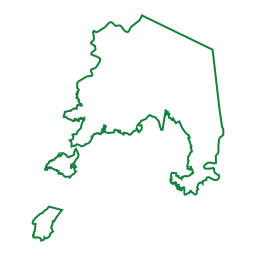 outline of Tamalín, Veracruz, Mexico
{"feature_id": "50627088B78854811449565", "entity_name": "Tamalín", "entity_type": "district", "adm_level": 2, "iso_a3": "MEX", "parent_name": "Mexico", "parent_adm1": "Veracruz", "projection": "natural_earth1", "projection_center": [-97.693, 21.474], "detail": "fine", "context": "isolated", "style": "outline", "palette": "green", "viewbox_px": 256, "rotation_deg": 0, "n_neighbors": 0, "source": "geoboundaries", "source_scale": "gbopen_adm2", "svg_char_len": 5794}
<svg xmlns="http://www.w3.org/2000/svg" viewBox="0 0 256 256"><path d="M194.4,194.2L195.6,194.5L196.7,193.7L196.7,190.7L198.2,189.2L197.0,187.4L198.6,183.7L199.7,182.7L201.2,182.4L202.7,183.7L202.6,182.3L203.1,180.9L206.3,180.0L206.4,178.2L206.9,177.5L208.9,177.2L213.1,179.5L215.4,180.1L217.0,179.8L218.4,178.8L219.3,176.6L218.9,175.2L216.8,174.3L214.6,172.4L214.1,171.0L214.0,168.5L213.5,168.0L209.3,168.7L205.7,168.7L204.6,168.2L204.1,167.3L204.1,166.2L205.1,164.6L207.9,162.8L209.6,162.6L214.5,163.4L216.0,162.9L215.8,156.1L216.3,155.1L217.9,153.4L218.4,152.3L218.4,145.2L219.2,139.2L220.0,137.4L222.6,135.6L223.3,134.5L223.4,133.2L223.2,129.0L222.1,126.9L219.4,108.6L212.6,49.7L141.9,15.4L140.9,17.8L139.2,20.5L131.3,26.7L130.2,28.2L129.1,30.8L127.8,32.0L126.4,31.9L124.5,30.7L120.9,26.0L119.7,25.4L115.5,25.9L112.3,22.8L110.8,22.0L108.7,23.1L105.1,27.1L97.9,31.7L96.5,32.1L95.5,31.9L94.0,30.9L93.3,31.4L93.1,32.5L94.0,37.7L93.8,39.3L93.4,40.3L91.6,41.9L91.0,42.8L91.0,43.4L95.0,46.1L95.5,49.2L95.2,49.9L92.1,52.2L91.2,53.4L91.4,54.5L96.9,56.6L99.5,58.2L100.2,58.8L100.0,61.0L96.4,66.9L94.7,68.3L91.4,69.4L90.9,70.2L90.9,71.1L92.3,74.3L92.2,75.2L91.5,75.9L87.4,76.3L85.7,77.1L78.9,81.1L77.8,82.2L77.2,83.6L77.1,87.8L78.2,88.8L78.8,89.9L77.9,91.2L78.0,91.7L77.5,91.7L77.6,92.6L76.9,93.1L77.6,93.9L77.5,94.3L76.8,94.4L76.7,94.0L76.4,94.4L77.1,94.9L77.0,96.8L77.5,97.2L76.7,98.0L77.6,98.3L78.8,99.7L78.6,100.1L79.1,100.7L78.6,101.4L78.8,102.1L80.1,103.7L81.3,104.0L81.7,105.6L77.4,105.0L76.9,107.3L76.5,107.8L76.6,108.8L73.9,108.5L70.8,110.4L70.8,110.8L67.3,111.2L65.8,111.9L64.7,112.0L64.7,113.9L63.7,115.8L63.7,116.9L66.1,117.0L66.8,117.9L68.4,119.0L71.2,119.8L73.1,121.1L74.7,120.8L74.9,119.5L74.6,119.4L74.7,119.1L75.1,119.2L75.1,118.9L76.5,119.2L76.8,119.5L76.6,120.2L78.8,121.1L78.9,118.6L81.0,118.9L80.9,117.9L81.5,118.0L82.4,118.9L84.3,117.9L84.4,119.8L83.2,120.9L82.7,121.9L81.4,125.1L80.9,128.1L77.6,131.5L76.3,134.3L73.6,134.1L72.4,135.0L73.5,136.4L72.6,139.3L69.7,140.4L71.1,141.7L71.6,143.0L71.5,146.5L73.1,145.8L74.0,146.2L75.3,145.2L75.8,145.3L76.6,144.4L78.4,144.6L81.4,146.2L82.8,146.1L85.3,144.9L85.5,144.1L88.1,143.5L90.2,141.7L91.7,138.6L91.6,136.9L91.7,136.6L92.4,136.9L92.6,136.1L93.1,135.8L93.9,134.3L95.0,134.1L95.2,133.7L95.6,134.0L97.5,133.0L98.7,133.4L98.8,133.8L99.1,133.9L99.2,133.5L100.6,134.2L101.4,132.6L102.3,129.2L102.5,128.9L102.9,129.2L103.5,128.2L104.2,125.3L105.9,126.2L103.8,132.0L105.0,131.4L106.5,132.6L108.2,133.0L113.9,132.4L114.3,130.5L115.0,129.6L118.5,131.2L118.5,130.5L120.1,130.7L120.1,131.5L119.1,132.3L122.3,133.6L123.5,134.5L124.1,132.6L125.6,133.2L127.2,133.2L129.2,134.7L130.4,134.6L131.2,133.6L131.9,133.3L133.4,131.3L136.3,130.2L136.7,128.2L138.1,130.5L138.3,131.6L138.6,132.0L139.4,131.9L141.5,129.3L141.9,127.6L141.6,127.0L141.6,125.3L137.5,125.3L137.8,124.8L139.0,123.3L140.7,122.2L141.1,120.9L146.0,118.8L148.0,116.4L149.9,115.0L152.4,116.5L155.2,117.2L158.1,120.5L159.0,121.6L159.7,125.2L161.1,129.7L162.5,129.8L165.8,109.5L166.0,111.0L167.7,111.9L166.8,112.8L166.8,114.2L167.9,113.4L169.3,113.6L169.3,114.3L168.7,114.4L168.6,115.6L169.1,117.8L170.1,118.0L170.9,118.7L171.8,118.4L172.2,118.8L171.8,119.4L172.0,119.8L172.4,119.7L172.4,119.0L172.9,118.7L172.8,119.4L173.6,119.7L173.3,120.2L174.3,120.4L175.8,123.1L179.3,121.4L182.2,128.0L185.0,132.0L187.0,134.2L188.4,135.0L189.5,135.2L188.8,135.4L189.6,137.6L188.3,137.8L190.6,144.4L190.8,146.2L191.3,146.1L191.2,147.9L190.8,148.0L191.9,151.0L191.6,152.0L190.6,152.2L189.3,155.4L188.2,156.6L188.0,160.0L188.6,161.1L187.1,166.1L187.9,166.6L187.4,168.6L189.8,169.7L190.5,167.0L191.0,166.9L193.2,172.9L191.6,173.4L191.6,174.2L190.5,174.6L189.8,175.4L188.9,175.9L187.5,176.3L186.3,176.0L184.3,176.2L183.4,177.0L182.8,176.7L182.5,177.4L181.9,177.3L181.5,179.0L181.0,178.3L180.1,178.2L178.2,176.9L178.5,176.1L176.2,175.7L176.4,173.3L171.8,172.8L171.1,174.4L170.9,176.1L171.5,177.3L171.6,177.8L171.2,178.0L171.6,179.7L170.3,179.7L170.8,182.3L171.1,182.7L172.3,182.6L172.2,183.5L173.4,184.0L173.4,183.0L174.5,182.9L175.1,183.3L175.1,182.7L175.4,182.4L175.8,183.0L176.1,182.8L176.3,183.2L175.9,185.4L176.3,186.3L176.7,186.4L177.4,185.4L178.8,184.9L178.8,186.1L177.2,187.6L177.5,189.0L177.9,189.3L178.7,189.2L180.2,187.5L180.9,188.0L181.0,189.1L180.5,190.3L181.2,190.4L181.8,190.0L181.7,188.8L182.2,188.8L183.1,187.3L184.3,187.5L184.3,193.3L184.7,194.4L185.3,194.8L187.6,193.4L189.3,193.0L190.2,190.9L190.8,190.8L191.7,192.2L193.2,193.0L194.4,194.2ZM62.0,210.0L48.9,206.6L46.9,209.2L43.6,211.4L42.9,212.7L40.3,213.8L35.2,218.2L34.5,219.5L33.5,220.2L32.6,223.0L33.6,224.1L35.6,224.0L34.7,231.2L33.9,232.0L33.7,235.2L33.1,235.1L33.2,236.9L35.4,237.8L36.2,237.3L37.5,237.3L40.4,238.1L41.1,239.7L41.2,240.6L43.5,239.9L44.3,238.6L44.5,237.3L45.4,238.4L46.2,238.3L47.5,237.9L49.7,236.2L49.9,234.0L53.0,231.4L51.1,227.5L52.4,224.6L52.8,221.3L53.7,221.6L53.9,221.1L54.3,221.1L56.6,217.0L62.0,210.0ZM76.0,171.5L74.9,170.6L73.9,167.9L76.0,167.3L74.8,165.0L72.2,166.9L71.9,166.5L71.0,168.7L71.0,165.0L74.2,162.8L76.2,159.5L78.2,157.0L78.2,156.1L78.6,155.0L76.0,148.9L74.5,151.1L74.0,153.4L74.2,154.4L74.0,154.7L71.5,156.2L70.5,156.1L69.0,157.3L66.7,156.3L66.3,154.9L64.6,154.1L63.5,153.2L62.3,153.6L61.8,153.2L61.1,153.3L61.5,155.5L59.4,156.3L58.9,154.2L57.7,156.0L56.2,157.8L55.8,157.8L55.1,158.4L54.2,159.9L52.7,159.8L52.0,160.2L51.8,160.8L50.3,161.4L50.3,160.8L49.8,161.0L49.1,161.8L48.7,163.1L46.5,164.9L46.6,166.7L46.0,166.9L45.6,168.5L45.1,168.6L45.3,169.8L46.3,169.5L47.1,169.9L48.2,167.5L49.9,168.2L50.0,167.2L50.5,167.3L54.2,169.5L56.9,170.1L56.8,171.0L58.7,171.1L58.5,173.6L58.8,173.9L59.6,173.9L60.7,173.1L61.3,173.2L61.3,173.9L62.3,173.7L64.0,176.0L65.5,176.9L69.3,176.6L69.8,177.6L71.2,175.7L73.3,174.0L74.4,173.6L75.1,172.0L76.0,171.5Z" fill="none" stroke="#15803d" stroke-width="2"/></svg>